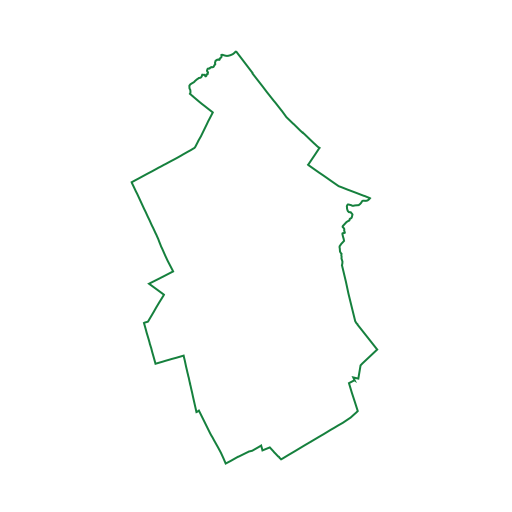 outline of Cornatelu, Dâmbovita, Romania, rotated 258°
{"feature_id": "2599482B11591247588372", "entity_name": "Cornatelu", "entity_type": "district", "adm_level": 2, "iso_a3": "ROU", "parent_name": "Romania", "parent_adm1": "Dâmbovita", "projection": "natural_earth1", "projection_center": [25.687, 44.731], "detail": "fine", "context": "isolated", "style": "outline", "palette": "green", "viewbox_px": 512, "rotation_deg": 258, "n_neighbors": 0, "source": "geoboundaries", "source_scale": "gbopen_adm2", "svg_char_len": 5932}
<svg xmlns="http://www.w3.org/2000/svg" viewBox="0 0 512 512"><g transform="rotate(258 256 256)"><path d="M366.9,327.5L366.8,327.3L369.6,325.3L377.5,320.1L377.6,319.9L380.9,317.7L385.5,314.6L392.7,311.4L392.8,311.3L402.0,306.8L404.2,305.6L414.3,300.6L420.3,297.8L435.1,290.6L435.3,290.5L435.7,290.7L459.8,279.3L460.1,278.5L459.1,277.0L458.3,275.4L458.0,274.1L457.7,272.5L457.6,270.2L458.0,268.4L458.6,267.1L459.6,265.3L459.8,264.9L459.9,264.2L459.8,263.9L459.3,263.9L458.4,263.8L457.9,263.6L457.5,263.3L457.1,262.4L456.9,262.0L456.5,261.7L455.9,261.4L455.5,261.0L455.6,260.5L456.1,260.1L456.1,259.7L455.9,259.4L456.0,259.1L456.0,258.8L456.0,258.5L455.6,258.0L455.5,257.2L455.3,257.0L454.5,256.6L453.6,256.1L453.0,256.0L452.2,256.1L451.8,255.8L451.4,255.1L450.4,254.3L449.8,253.7L449.7,253.0L449.7,252.4L450.1,251.5L449.7,250.9L449.6,250.1L449.1,249.7L449.0,249.4L449.1,249.0L449.3,248.3L449.2,247.7L448.4,247.2L447.8,246.7L447.0,246.6L446.0,247.1L445.8,247.2L445.5,247.2L445.2,247.1L444.9,246.7L444.4,246.6L444.1,246.6L443.9,246.4L443.9,246.1L444.0,245.8L443.9,245.6L443.3,245.2L442.6,244.9L442.4,244.6L442.2,244.2L442.3,243.9L443.3,243.5L443.9,243.4L444.1,242.8L444.1,242.2L444.2,241.8L444.4,241.4L444.5,241.2L444.2,240.9L443.0,240.3L442.4,239.7L442.0,239.0L441.9,238.3L442.0,237.1L441.8,236.7L441.3,235.7L441.1,235.0L440.7,234.3L439.9,232.8L439.2,231.9L438.8,231.1L438.7,230.7L438.3,229.5L438.0,228.6L437.5,227.4L436.5,226.3L435.2,226.0L433.6,225.8L432.4,226.2L431.4,226.2L430.1,226.0L429.1,225.7L428.4,225.1L424.7,227.9L419.5,231.9L416.0,234.7L413.2,237.1L410.9,239.0L406.5,242.7L405.6,243.5L405.4,243.6L399.2,238.5L397.8,237.3L395.4,235.5L384.5,227.0L380.5,223.4L380.4,223.4L375.5,219.4L375.0,218.9L374.6,218.4L374.4,218.0L374.1,217.0L373.1,214.2L372.1,210.8L371.4,208.6L370.4,205.4L369.9,204.0L368.6,199.9L367.5,196.2L366.7,193.3L365.6,189.5L364.7,186.5L364.3,184.8L363.6,182.6L363.1,180.9L362.6,178.9L362.3,178.0L362.2,177.7L360.5,172.1L359.0,166.7L357.7,162.3L356.0,156.6L355.3,154.1L354.2,150.4L354.0,149.7L353.2,149.8L352.4,150.0L348.3,151.0L344.4,151.9L341.5,152.7L338.4,153.4L337.1,153.7L331.8,154.9L325.6,156.3L322.1,157.2L317.1,158.3L313.1,159.3L311.7,159.6L309.3,160.1L308.4,160.3L307.6,160.5L307.4,160.5L306.8,160.7L304.5,161.3L303.6,161.5L301.4,162.0L299.6,162.4L298.0,162.8L297.7,162.9L295.7,163.3L293.0,163.9L290.2,164.3L287.9,164.7L286.1,165.0L284.8,165.2L283.3,165.6L281.5,166.0L275.2,167.3L270.0,168.5L259.1,171.5L258.1,171.7L257.7,170.1L255.7,162.8L251.9,148.5L251.1,145.6L247.3,149.0L237.3,157.9L237.0,157.7L236.0,156.8L235.7,156.5L230.6,151.6L226.4,147.7L222.1,143.9L221.9,143.7L214.5,136.9L214.2,136.5L214.0,133.2L213.8,132.5L205.9,133.0L205.7,133.0L203.6,133.1L201.3,133.3L196.4,133.7L194.9,133.8L192.9,133.9L192.4,133.9L192.0,133.9L191.7,133.9L191.3,134.0L189.0,134.2L188.4,134.3L186.5,134.4L183.9,134.5L179.5,134.8L171.5,135.3L172.0,142.1L172.0,142.3L172.3,145.5L172.5,148.4L172.6,149.9L172.8,152.2L173.0,156.5L173.6,164.5L173.4,164.5L171.8,164.5L168.6,164.6L165.9,164.6L165.0,164.6L162.5,164.6L158.0,164.7L157.2,164.7L156.8,164.7L156.6,164.7L153.9,164.8L152.8,164.8L152.5,164.8L152.3,164.8L151.2,164.9L150.5,164.9L149.2,164.9L148.8,164.9L148.0,164.9L147.5,164.9L146.8,164.9L145.2,165.0L144.9,165.0L144.9,164.9L143.4,164.9L142.8,165.0L141.6,165.0L140.6,165.0L140.2,165.0L135.9,165.1L134.1,165.1L131.6,165.1L123.7,165.2L115.7,165.3L115.8,165.8L116.0,166.5L116.7,168.0L105.4,170.9L92.8,174.1L90.6,174.7L88.8,175.3L87.7,175.7L86.7,176.0L84.9,176.5L80.1,178.0L76.6,179.1L72.5,180.3L70.7,180.8L66.7,181.7L64.4,182.2L59.3,183.2L60.8,188.6L62.8,194.9L63.3,196.5L63.4,196.8L63.3,197.0L65.7,206.4L65.8,207.0L66.2,208.2L66.3,211.8L68.7,219.3L68.8,219.5L69.4,221.4L69.5,221.6L66.9,221.8L64.5,221.9L65.9,229.7L61.0,232.6L60.1,233.0L59.7,233.3L59.1,233.7L58.3,234.2L56.8,235.1L55.7,235.8L55.4,235.9L55.1,236.3L54.8,236.7L54.0,236.9L52.9,237.6L52.1,238.2L51.9,238.3L52.4,240.0L54.5,246.0L56.9,253.2L60.6,263.9L64.6,275.9L66.0,280.0L66.2,280.6L66.4,281.3L66.9,282.7L67.2,283.7L68.1,286.4L68.4,287.1L68.5,287.5L70.4,292.8L71.7,296.9L73.1,300.9L74.8,306.3L76.5,310.5L78.3,315.0L80.1,318.1L82.2,321.8L83.2,323.3L93.1,322.3L102.5,321.3L112.3,320.5L114.0,326.5L113.9,326.6L117.0,325.9L114.8,330.6L127.2,335.5L127.3,335.6L128.7,337.6L139.3,355.1L157.9,345.9L167.8,341.0L168.1,341.1L169.5,340.2L171.6,339.5L183.7,339.1L200.1,338.6L212.0,338.6L223.9,338.3L227.6,338.2L228.5,338.2L228.9,338.1L230.7,338.9L232.5,339.4L233.7,339.3L235.7,339.1L237.6,339.6L239.0,339.6L240.4,340.1L241.0,339.7L242.8,339.1L244.5,339.3L245.7,339.5L246.9,339.5L248.1,339.8L250.2,342.0L251.2,343.5L252.5,345.3L254.8,345.3L257.1,345.1L259.7,345.1L260.2,345.4L260.3,346.1L260.2,346.6L260.2,347.5L260.3,347.7L260.9,347.6L261.6,347.7L261.9,347.6L262.5,347.5L263.3,347.8L264.2,347.9L264.6,347.8L265.0,347.6L265.7,347.3L266.1,346.9L266.5,346.8L266.9,346.9L267.3,347.2L268.0,348.2L269.2,349.9L270.4,351.6L271.2,353.9L271.3,354.6L271.5,354.8L272.3,355.2L272.7,355.4L272.9,355.7L273.2,356.9L273.7,357.6L275.7,358.6L276.6,359.0L277.1,358.8L277.7,358.5L278.2,358.1L278.9,357.9L279.1,357.7L279.5,356.3L279.6,356.0L280.3,355.6L280.6,355.3L281.2,355.1L282.0,355.0L283.5,354.9L284.5,355.1L285.8,355.2L286.1,355.4L286.7,355.8L287.3,356.6L287.1,357.3L285.9,359.7L285.3,360.4L285.0,361.0L284.9,361.5L284.9,363.4L284.4,367.0L285.2,368.6L286.0,369.7L287.6,371.3L287.7,371.6L287.8,372.0L287.7,372.7L287.2,374.6L287.1,374.9L287.1,376.4L287.2,376.8L287.7,377.9L288.2,378.7L288.8,379.5L289.0,379.3L291.3,375.9L292.2,374.6L292.5,373.9L293.3,372.7L293.8,371.9L296.5,367.8L300.8,361.1L301.6,359.8L303.6,356.8L305.6,353.8L307.1,351.4L310.5,348.2L313.9,345.0L317.8,341.4L321.0,338.4L324.5,335.0L327.4,332.3L334.2,326.0L334.4,325.9L334.6,326.2L336.6,328.3L340.0,331.8L342.5,334.4L348.3,340.3L348.5,340.6L348.7,340.4L349.2,339.9L350.2,339.0L351.6,338.0L352.8,337.2L354.0,336.3L358.8,333.0L364.9,328.9L366.7,327.6L366.9,327.5Z" fill="none" stroke="#15803d" stroke-width="2"/></g></svg>